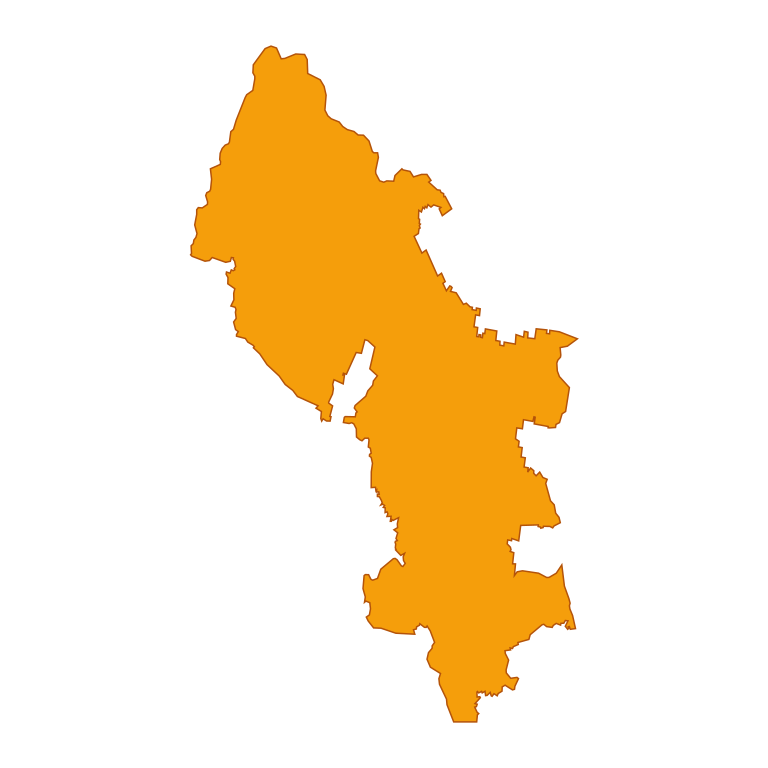 Coyutla, Veracruz, Mexico
{"feature_id": "50627088B32683374106398", "entity_name": "Coyutla", "entity_type": "district", "adm_level": 2, "iso_a3": "MEX", "parent_name": "Mexico", "parent_adm1": "Veracruz", "projection": "equal_earth", "projection_center": [-97.666, 20.334], "detail": "fine", "context": "isolated", "style": "filled", "palette": "amber", "viewbox_px": 768, "rotation_deg": 0, "n_neighbors": 0, "source": "geoboundaries", "source_scale": "gbopen_adm2", "svg_char_len": 6113}
<svg xmlns="http://www.w3.org/2000/svg" viewBox="0 0 768 768"><path d="M225.2,145.1L222.2,148.4L220.2,153.2L219.7,159.6L220.6,161.7L220.3,164.4L210.4,168.8L211.6,179.3L210.6,189.3L209.7,191.2L206.8,192.7L205.7,195.5L207.6,201.9L207.4,204.4L202.3,207.9L198.3,207.6L196.7,209.7L196.7,214.4L194.7,224.9L197.0,233.6L195.9,237.4L193.9,240.0L193.3,243.6L191.1,245.8L191.5,253.5L190.6,254.8L192.1,256.3L205.0,261.2L209.5,260.5L212.2,257.5L225.7,262.3L230.3,261.3L231.4,257.5L233.4,257.8L233.1,259.3L234.6,261.1L235.7,266.5L234.2,268.6L234.8,269.8L233.2,270.7L231.3,269.9L230.0,273.2L226.5,272.0L226.1,274.1L228.0,277.6L227.8,283.8L234.8,288.7L233.7,293.3L233.9,299.8L230.9,306.0L235.2,307.3L236.0,309.6L235.4,312.2L236.2,318.4L233.6,322.0L235.6,329.6L238.3,331.6L236.5,334.6L236.5,336.2L245.4,338.5L247.8,342.1L253.0,345.2L254.3,346.7L253.4,347.8L259.8,353.9L267.0,364.6L279.2,376.0L285.2,384.5L292.8,390.4L297.4,396.5L318.1,405.8L316.0,408.2L321.4,411.5L320.8,418.5L321.7,421.1L323.1,418.8L326.5,421.0L330.1,421.1L331.0,416.7L329.8,416.5L332.6,405.9L328.7,403.1L328.7,402.0L332.5,394.0L333.4,388.7L332.7,384.3L334.0,379.7L343.2,383.9L344.5,375.0L342.9,375.0L343.4,373.2L346.4,374.2L356.2,352.5L361.4,353.3L364.9,339.7L367.8,340.6L374.9,347.0L369.8,368.8L377.4,375.8L373.4,381.0L372.7,385.2L367.8,390.9L365.8,396.2L355.1,405.5L354.3,408.0L357.1,411.9L355.9,413.0L355.3,416.8L345.2,416.6L344.3,417.4L343.4,422.5L349.1,423.5L351.7,422.7L353.8,423.9L356.3,428.8L356.5,437.0L359.7,439.7L362.0,440.8L364.8,438.2L368.3,438.2L369.0,439.9L368.3,447.0L370.3,448.2L371.2,453.2L369.6,454.4L369.4,456.1L371.2,457.4L372.5,463.3L371.3,471.8L371.2,487.6L375.5,487.3L375.9,490.6L376.7,489.9L376.5,492.1L378.7,491.8L379.2,494.3L377.4,494.1L377.4,496.5L379.4,496.8L381.4,500.5L382.2,502.8L380.8,505.0L382.8,504.2L384.6,505.5L383.3,507.4L385.2,507.8L385.1,512.6L387.0,511.8L387.9,513.7L386.9,516.5L391.1,516.3L390.3,521.3L391.4,521.3L391.7,519.4L393.1,520.4L398.6,517.7L397.3,523.9L397.6,527.6L393.9,529.8L397.7,532.8L396.0,538.5L397.3,540.6L395.4,541.3L395.1,542.4L395.7,544.1L395.3,547.9L396.1,549.5L395.6,549.9L400.8,555.4L404.6,553.3L403.2,556.8L403.5,560.5L405.2,563.4L402.9,566.5L401.4,565.9L397.0,559.7L395.1,558.4L393.3,558.7L380.8,569.2L377.5,578.4L372.7,580.2L370.9,579.3L368.6,574.7L365.3,574.6L364.1,575.6L363.0,588.6L365.3,596.9L364.5,602.3L365.9,601.1L369.8,602.7L370.5,608.8L369.4,614.9L366.3,617.1L368.2,621.0L373.6,627.9L381.0,628.2L395.8,633.2L414.8,634.2L413.5,629.7L416.3,629.0L416.6,626.8L419.4,625.3L419.8,623.7L424.4,627.3L426.2,627.4L427.1,626.0L430.2,630.8L434.6,642.4L432.2,645.8L432.1,648.3L428.5,652.6L427.0,659.2L430.4,667.2L440.5,673.5L438.9,678.7L439.5,684.3L446.5,699.1L447.0,704.7L453.7,721.9L476.7,721.9L477.4,714.8L478.7,713.6L477.1,712.2L474.7,707.1L476.4,706.6L477.2,704.2L475.0,703.6L480.3,697.7L479.8,696.7L477.1,697.0L476.9,692.1L477.5,691.5L478.7,692.9L481.6,691.4L482.2,692.9L485.0,691.3L485.6,695.6L487.1,695.4L490.2,692.4L491.2,695.8L492.1,696.3L494.0,693.7L497.2,695.8L498.2,693.5L502.0,691.2L502.2,686.9L505.1,685.2L512.5,689.9L514.5,689.3L514.9,686.3L518.5,678.6L517.0,677.4L510.7,678.3L506.3,672.9L506.1,669.9L508.6,660.1L505.3,653.5L505.0,650.7L510.6,649.9L510.1,647.9L512.5,648.5L513.4,646.6L518.3,644.5L517.9,642.5L528.9,639.4L530.2,634.7L542.0,624.8L543.8,624.3L546.6,626.6L552.2,627.4L553.3,625.4L556.2,623.4L560.6,625.1L560.9,623.3L563.8,623.2L565.3,620.5L568.0,620.8L565.3,626.3L567.7,629.3L568.7,628.3L568.3,626.7L569.3,626.5L570.3,629.3L575.5,628.6L572.6,615.6L569.9,609.0L569.4,605.8L570.1,603.2L568.9,598.6L564.4,586.1L561.8,564.9L556.3,573.2L549.1,577.4L546.7,577.5L538.6,573.2L522.5,570.8L517.2,571.8L514.4,575.6L515.5,563.9L512.6,563.8L513.8,552.7L510.1,551.4L511.0,549.7L510.4,547.2L507.2,543.9L507.7,539.9L511.5,540.7L511.8,538.5L518.7,540.9L520.7,525.4L538.3,524.9L538.1,526.5L540.5,527.1L540.8,528.2L543.1,527.6L543.4,526.3L549.8,526.4L552.7,527.9L554.1,525.9L560.3,522.7L559.0,517.3L555.7,513.2L554.2,504.8L550.5,500.8L545.7,483.4L547.2,479.3L542.9,477.5L539.7,472.1L536.1,475.8L533.7,473.3L533.8,470.7L530.6,468.0L527.7,472.1L528.2,467.8L524.1,467.0L525.3,457.8L521.1,457.0L522.2,447.6L518.4,446.9L519.1,441.3L515.5,438.8L516.8,427.9L522.4,428.8L523.5,419.7L532.9,421.4L534.0,416.8L535.2,417.2L534.2,423.9L548.2,426.5L548.1,427.8L549.7,427.9L555.5,427.5L556.0,424.4L559.5,422.6L562.1,413.8L565.6,411.5L569.4,387.6L559.4,376.6L557.3,371.0L556.8,363.1L557.8,360.2L560.5,357.1L560.8,355.0L560.1,347.6L567.4,346.2L577.4,338.8L559.4,331.8L549.8,330.3L549.6,333.8L546.5,333.4L546.9,329.9L536.2,328.8L534.8,338.7L527.7,337.9L528.0,332.2L524.3,331.3L523.6,337.2L516.0,334.6L515.3,344.1L504.2,342.1L503.8,345.9L499.8,345.1L500.0,341.3L495.8,340.5L496.8,331.0L485.4,328.9L484.8,333.6L482.9,333.2L482.4,337.7L480.7,337.3L480.8,334.9L479.0,334.6L478.8,336.8L476.7,336.5L477.7,327.5L474.0,326.8L475.6,314.9L479.5,315.6L480.2,308.8L476.4,308.0L476.2,310.4L472.1,309.6L472.4,307.3L470.0,306.8L466.3,303.2L463.4,304.4L456.2,292.8L450.5,291.4L452.1,287.6L451.0,286.4L449.8,285.9L446.4,290.8L442.9,283.3L445.2,281.6L441.5,273.2L437.6,276.0L426.1,250.0L421.9,253.1L414.1,236.3L418.4,233.5L419.0,228.8L420.1,228.0L419.3,225.6L420.4,224.1L419.3,223.5L419.6,219.3L418.5,218.6L418.8,210.3L421.4,212.0L422.9,207.3L424.5,208.7L425.2,206.4L426.8,207.8L428.0,204.6L431.0,207.1L433.7,204.9L440.9,207.4L439.2,208.9L442.3,215.7L451.7,208.8L445.2,196.4L443.9,196.7L443.6,193.6L441.0,192.4L440.1,190.2L437.2,189.8L428.7,182.1L431.0,180.4L426.9,174.4L421.6,174.4L413.5,176.9L410.0,171.4L403.0,169.9L401.9,168.8L395.0,175.5L393.7,181.2L386.8,180.9L383.8,182.2L379.6,180.8L375.8,173.5L375.6,170.8L378.4,157.4L377.6,152.8L373.8,152.8L372.3,151.4L369.0,141.0L363.5,135.2L358.1,135.0L354.0,131.5L347.3,129.6L342.7,126.5L339.2,122.0L331.2,118.8L327.8,115.8L324.9,110.1L326.1,95.2L324.1,86.4L320.2,79.8L307.7,73.5L307.2,59.5L304.6,54.5L295.7,54.0L284.9,58.4L281.2,58.8L276.5,48.0L271.0,46.1L265.1,48.6L253.3,64.8L252.9,72.8L254.8,76.2L254.8,78.8L252.8,90.4L246.7,94.7L245.2,97.5L236.2,120.2L233.5,129.3L230.8,131.7L229.4,142.2L228.4,143.8L225.2,145.1Z" fill="#f59e0b" stroke="#b45309" stroke-width="1.5"/></svg>